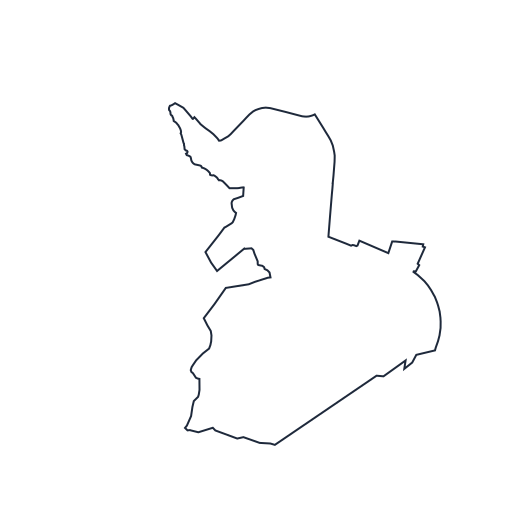 the district of Kosofe, Lagos, Nigeria, rotated 149°
{"feature_id": "59680162B6009908161486", "entity_name": "Kosofe", "entity_type": "district", "adm_level": 2, "iso_a3": "NGA", "parent_name": "Nigeria", "parent_adm1": "Lagos", "projection": "albers", "projection_center": [3.4, 6.587], "detail": "fine", "context": "isolated", "style": "outline", "palette": "slate", "viewbox_px": 512, "rotation_deg": 149, "n_neighbors": 0, "source": "geoboundaries", "source_scale": "gbopen_adm2", "svg_char_len": 4040}
<svg xmlns="http://www.w3.org/2000/svg" viewBox="0 0 512 512"><g transform="rotate(149 256 256)"><path d="M132.9,347.1L135.1,347.4L137.1,347.9L139.0,348.5L141.2,349.6L142.8,350.7L144.5,352.0L149.5,357.1L156.1,363.9L161.8,369.6L167.1,374.9L167.6,375.4L168.9,376.4L170.5,377.6L171.3,378.2L174.8,379.8L177.4,380.5L178.2,380.7L181.2,381.3L184.0,381.4L188.7,380.7L193.2,379.5L197.3,378.3L199.2,377.8L210.7,374.7L214.9,373.5L217.6,373.0L218.4,372.9L222.5,373.0L225.5,373.0L226.6,373.1L227.8,373.6L228.4,374.0L228.4,374.3L228.3,375.2L228.6,377.3L229.8,382.4L231.4,386.8L233.3,391.1L233.5,391.6L234.0,392.9L235.4,396.8L235.7,397.8L235.8,398.2L235.8,398.7L235.9,399.3L236.1,400.4L236.8,404.4L237.3,406.7L237.8,406.5L238.8,406.2L239.4,406.0L239.7,406.2L239.8,406.9L240.0,409.2L241.3,417.0L241.9,420.4L245.0,425.9L246.7,428.7L248.2,428.6L250.0,428.6L251.5,428.8L252.4,429.1L253.3,428.5L254.4,427.6L255.1,426.4L255.3,425.9L255.1,424.7L255.1,424.2L255.4,423.2L255.7,422.5L256.1,421.9L256.2,421.2L256.2,420.8L256.1,420.1L255.7,419.6L255.7,419.2L255.7,418.8L255.9,418.2L256.0,416.7L256.2,416.2L256.5,415.2L257.0,414.1L256.7,413.4L256.0,412.0L255.6,410.5L255.5,409.4L255.4,408.9L255.2,408.0L255.3,407.0L255.3,406.6L255.3,405.3L255.4,404.2L255.5,403.6L255.8,402.2L256.4,400.8L256.9,400.3L257.4,400.0L257.5,398.7L257.7,397.8L258.3,395.7L259.9,390.2L259.9,389.9L259.9,389.3L260.1,388.9L260.6,388.2L260.9,387.1L261.2,386.3L261.7,385.4L262.0,384.7L262.2,384.3L261.8,382.6L261.2,382.1L261.0,381.7L260.9,381.2L260.9,380.8L261.1,380.5L261.6,380.0L262.1,379.7L262.8,379.7L263.3,379.7L263.4,378.6L263.4,378.1L262.7,377.4L261.8,376.2L261.1,374.9L261.2,374.1L261.6,372.8L262.1,371.6L262.3,370.3L262.3,369.1L262.1,367.9L261.7,366.9L261.2,366.0L260.1,365.0L258.2,363.2L257.3,362.3L256.8,361.6L256.7,361.0L256.7,360.4L256.9,359.7L256.6,359.4L255.4,358.0L254.6,356.7L253.9,355.3L253.3,353.5L253.0,352.0L252.8,351.1L252.9,350.6L253.4,349.6L253.5,349.1L252.6,348.1L251.7,347.4L250.8,347.1L250.1,346.0L249.5,344.5L249.2,343.7L249.0,342.8L249.0,341.4L248.7,339.9L248.0,339.7L246.8,338.5L246.0,337.2L245.3,334.5L244.6,331.5L243.8,327.8L237.0,323.7L235.8,323.1L233.6,322.3L231.6,321.4L231.6,321.2L231.3,321.0L235.9,314.4L236.1,314.1L241.5,315.1L245.8,316.1L246.3,316.0L247.0,315.8L247.8,315.5L248.3,315.2L249.1,314.6L249.7,313.9L250.1,313.1L250.5,312.1L250.9,311.3L251.6,309.6L251.8,307.8L251.9,306.7L251.5,304.7L250.9,303.2L252.5,301.5L255.7,298.8L258.6,296.9L260.0,296.6L267.6,296.5L268.3,296.7L277.3,293.0L284.4,290.3L297.3,285.4L297.9,273.5L297.1,263.2L262.3,268.4L262.3,268.1L255.9,264.9L255.2,262.6L256.1,258.8L257.3,250.6L258.7,248.2L258.7,247.1L255.6,244.3L254.8,242.2L255.3,240.4L253.6,237.9L252.9,234.9L254.6,230.2L257.1,231.3L270.2,234.4L276.8,235.5L298.3,244.2L316.5,236.1L332.8,229.6L333.4,221.5L333.4,215.0L335.1,210.8L338.4,205.9L341.0,203.1L343.9,200.8L351.8,199.8L361.0,197.4L366.2,195.0L368.4,193.9L370.7,191.8L371.1,189.9L370.4,188.0L370.3,185.7L370.2,182.6L369.1,181.0L367.8,179.8L373.4,170.3L376.5,166.6L378.2,165.1L384.0,163.7L388.2,159.4L394.1,152.2L402.6,146.2L405.4,145.2L404.5,141.8L402.3,140.8L401.7,140.1L396.2,134.6L381.5,131.0L380.7,127.4L366.1,109.2L360.1,107.2L349.1,93.9L340.3,87.9L337.1,84.4L214.3,91.3L208.7,87.2L181.6,89.4L187.0,82.9L177.0,84.2L169.5,88.7L151.2,82.9L149.0,85.0L143.9,89.2L139.6,93.4L134.9,99.2L131.5,104.7L129.7,108.1L127.2,113.8L125.6,119.2L125.3,120.4L124.7,123.0L123.7,129.0L123.7,130.6L123.5,136.6L123.8,142.4L124.1,144.3L124.6,147.6L126.1,152.8L127.2,156.4L129.2,161.2L128.7,161.6L126.9,160.5L120.8,164.1L121.4,166.1L106.7,176.4L108.2,178.2L106.6,179.9L129.0,196.6L131.8,198.3L141.1,190.3L147.0,198.5L159.5,215.9L163.6,212.7L164.9,212.8L166.5,214.8L167.6,215.7L169.2,215.9L172.4,220.2L184.0,235.2L183.6,235.8L171.6,252.6L159.0,270.1L155.9,274.3L152.9,278.5L152.7,278.8L152.8,278.9L151.6,280.4L148.4,284.7L140.2,296.2L138.1,299.5L136.8,301.6L135.5,304.7L135.2,305.5L133.3,311.1L132.4,316.6L132.3,321.4L132.4,326.7L132.4,331.1L132.6,343.2L132.7,347.1L132.9,347.1Z" fill="none" stroke="#1e293b" stroke-width="2"/></g></svg>